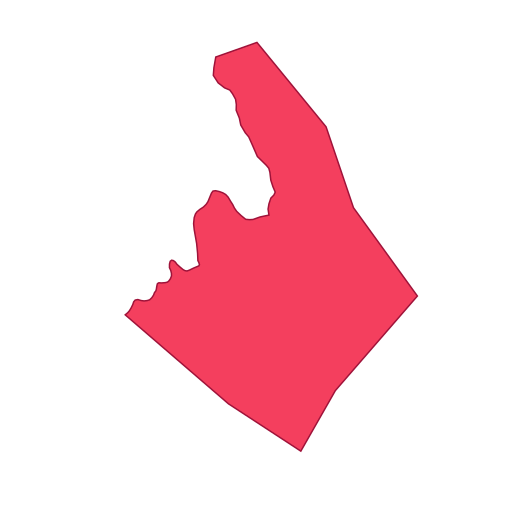 outline of Su'xbaatar, Selenge, Mongolia, rotated 50°
{"feature_id": "93677404B24748843870078", "entity_name": "Su'xbaatar", "entity_type": "district", "adm_level": 2, "iso_a3": "MNG", "parent_name": "Mongolia", "parent_adm1": "Selenge", "projection": "equal_earth", "projection_center": [106.187, 50.218], "detail": "fine", "context": "isolated", "style": "filled", "palette": "rose", "viewbox_px": 512, "rotation_deg": 50, "n_neighbors": 0, "source": "geoboundaries", "source_scale": "gbopen_adm2", "svg_char_len": 1508}
<svg xmlns="http://www.w3.org/2000/svg" viewBox="0 0 512 512"><g transform="rotate(50 256 256)"><path d="M77.7,158.9L84.6,167.1L90.2,172.6L99.1,173.7L107.0,172.0L112.0,169.4L116.7,169.7L122.8,170.9L127.3,173.7L131.6,177.5L139.6,180.1L145.9,183.5L154.7,185.0L160.1,185.0L169.9,187.8L180.7,191.0L193.0,189.8L197.0,189.8L200.9,191.6L207.4,195.9L213.8,198.5L219.4,200.2L220.8,203.1L221.2,207.4L224.4,212.6L227.8,216.6L233.0,219.8L230.5,224.4L228.7,227.8L226.1,234.8L224.0,237.6L221.3,240.3L215.6,241.4L209.4,242.1L205.3,241.7L201.7,240.8L197.8,240.3L192.9,239.5L189.4,239.7L186.3,240.8L183.0,242.7L180.0,245.0L178.6,247.2L179.2,249.7L181.3,253.7L183.5,257.9L184.4,261.0L184.7,264.8L184.2,269.1L184.2,272.9L184.9,275.4L186.9,278.7L191.1,283.0L196.1,286.4L208.2,293.4L216.5,299.1L222.2,303.5L224.3,304.0L226.3,304.9L226.8,306.2L226.2,308.1L225.1,311.7L224.0,316.1L223.1,318.5L221.6,319.8L219.6,320.6L215.6,321.3L211.5,321.9L208.8,321.7L206.5,322.2L205.0,323.3L204.9,325.1L206.5,327.4L209.3,329.8L212.3,330.6L214.9,331.9L217.0,333.6L218.5,336.4L219.1,338.9L219.1,340.6L218.1,342.6L215.9,345.7L214.1,347.6L213.8,349.2L214.5,350.3L215.7,351.8L217.3,353.6L218.3,355.0L218.8,357.3L220.1,359.6L221.0,362.6L221.2,365.6L220.2,368.0L218.5,370.6L216.2,372.7L213.4,374.5L212.1,376.9L212.5,379.2L214.0,381.6L215.5,385.0L216.6,388.2L217.0,390.8L217.0,394.0L217.8,393.9L351.6,372.1L434.3,347.1L410.1,281.7L390.4,158.1L281.7,150.3L202.1,119.3L93.0,118.0L77.7,158.9Z" fill="#f43f5e" stroke="#9f1239" stroke-width="1.5"/></g></svg>